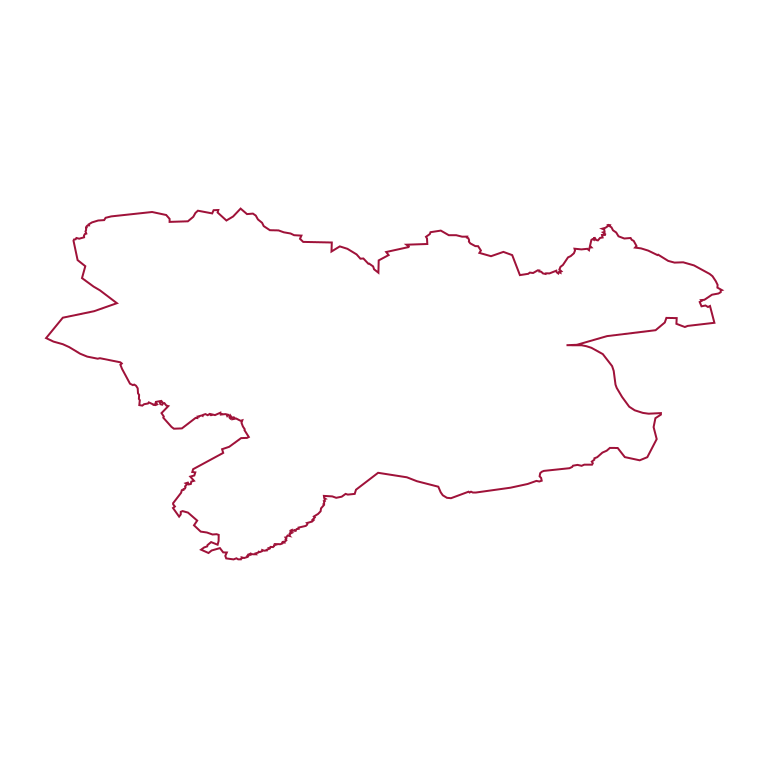 Vaiņodes pag., Vainodes, Latvia (Robinson projection)
{"feature_id": "27541924B43996006611053", "entity_name": "Vaiņodes pag.", "entity_type": "district", "adm_level": 2, "iso_a3": "LVA", "parent_name": "Latvia", "parent_adm1": "Vainodes", "projection": "robinson", "projection_center": [21.832, 56.407], "detail": "fine", "context": "isolated", "style": "outline", "palette": "rose", "viewbox_px": 768, "rotation_deg": 0, "n_neighbors": 0, "source": "geoboundaries", "source_scale": "gbopen_adm2", "svg_char_len": 6093}
<svg xmlns="http://www.w3.org/2000/svg" viewBox="0 0 768 768"><path d="M226.2,558.4L233.6,559.4L236.4,558.3L238.1,559.3L240.9,559.3L241.1,558.5L242.4,558.1L242.1,557.5L244.1,558.0L247.7,556.9L248.4,555.9L247.5,555.6L248.3,554.5L249.7,554.7L249.4,554.2L250.7,553.5L251.5,554.2L256.1,554.3L255.6,553.4L258.2,552.6L258.7,551.7L259.8,552.1L262.0,551.2L262.2,550.0L264.0,550.7L266.8,550.4L266.7,549.8L269.2,548.8L268.8,548.1L270.1,548.0L270.5,546.9L273.0,547.1L274.1,546.1L274.0,545.3L276.3,544.6L275.8,544.1L280.4,544.2L282.2,543.5L282.2,542.8L284.1,542.6L283.4,541.8L285.0,541.5L286.3,540.3L285.6,539.4L286.3,538.7L285.5,537.5L286.3,537.4L287.6,535.5L289.4,535.9L288.9,535.4L289.9,534.7L289.7,533.9L291.7,532.9L290.6,532.6L291.2,532.0L290.5,531.7L290.4,530.7L292.0,529.9L292.2,530.5L295.2,530.8L295.0,530.2L295.8,530.4L296.6,529.1L298.7,528.8L298.5,527.6L305.8,525.9L307.1,524.7L307.5,523.5L307.0,523.0L312.0,521.6L313.5,520.2L312.5,519.8L314.8,517.4L313.9,516.5L318.1,513.9L320.6,511.3L321.0,508.4L323.7,505.3L323.5,504.4L324.1,504.4L324.1,501.8L324.7,501.2L324.1,500.8L324.7,500.3L324.6,499.0L325.4,498.8L324.2,498.0L323.9,495.9L332.3,496.4L336.2,497.8L341.7,496.7L345.6,493.9L347.8,494.6L354.7,493.9L356.0,489.7L378.1,472.8L406.9,477.3L416.9,481.2L438.3,486.7L440.7,492.3L442.8,495.3L446.9,497.8L451.0,498.2L468.6,491.7L469.6,492.5L471.0,491.7L472.8,492.5L476.1,492.5L510.5,487.7L527.6,484.0L536.4,480.9L539.3,481.5L541.7,480.7L541.1,477.9L539.6,476.3L540.2,473.2L541.7,471.8L543.8,470.9L569.5,468.2L572.2,466.9L573.0,465.7L577.5,464.9L581.6,465.8L584.2,464.7L592.0,464.7L592.8,463.2L591.8,461.6L594.3,459.7L594.4,458.3L597.2,457.2L602.4,452.6L606.7,450.7L609.9,447.9L617.7,448.0L624.8,457.1L639.7,460.3L647.3,457.2L656.7,439.1L653.6,427.1L655.4,418.2L660.9,414.6L660.9,413.1L648.6,413.7L642.9,412.9L634.7,410.3L629.2,406.7L622.1,397.0L616.7,387.9L615.5,384.6L613.7,370.9L612.1,366.1L602.8,354.1L591.4,347.8L586.4,346.2L581.8,345.3L566.5,345.2L576.9,344.8L607.1,336.1L655.6,330.2L664.8,322.5L666.4,317.9L676.7,318.1L676.4,323.8L684.8,327.0L687.7,325.9L714.4,322.8L710.0,306.0L708.0,307.0L705.5,305.5L701.5,306.3L699.7,302.0L701.8,300.8L701.2,300.1L704.4,299.8L712.0,294.7L718.5,293.5L720.7,292.2L720.7,290.5L721.9,290.1L717.4,287.6L717.6,284.9L715.8,281.2L712.5,276.2L709.6,273.9L694.0,265.4L683.2,262.3L674.5,262.6L668.2,260.9L658.2,254.7L657.5,255.1L648.2,250.6L641.1,248.4L635.1,247.6L636.5,246.0L633.7,240.9L631.7,239.8L630.6,238.0L624.3,238.5L618.5,236.3L616.2,232.5L613.0,230.3L611.5,227.4L609.7,226.2L610.1,225.2L608.3,224.9L607.6,225.1L607.8,226.2L605.4,227.8L602.2,228.7L604.2,229.5L604.6,231.9L603.0,232.4L605.2,234.2L605.0,234.9L602.0,235.0L602.6,237.5L600.1,237.9L597.9,240.4L596.1,240.0L594.8,237.9L594.0,238.0L593.9,239.8L592.6,239.1L591.4,239.9L590.0,245.9L591.4,247.4L589.6,247.5L589.0,250.2L587.3,248.8L581.4,249.4L574.5,248.7L575.0,250.6L573.9,253.3L570.7,256.1L568.0,257.4L562.9,265.0L560.5,266.8L559.4,269.5L561.3,271.3L560.2,271.6L560.4,272.7L559.0,272.0L558.3,273.5L556.7,272.3L556.3,270.7L549.5,273.4L546.0,273.3L545.7,274.0L542.9,273.4L541.3,271.8L539.3,271.5L539.4,270.5L537.8,270.3L533.1,273.0L529.8,272.6L528.3,273.8L519.9,275.1L512.2,255.1L503.4,251.9L491.0,256.2L479.4,252.9L480.9,250.5L478.1,246.2L475.3,246.1L470.3,243.4L468.9,241.6L469.1,240.2L468.3,238.2L466.9,237.6L467.2,236.6L462.2,236.7L456.2,235.2L448.8,235.2L440.8,230.6L430.5,232.2L429.8,234.1L426.0,236.8L427.0,238.5L427.3,244.0L406.5,244.7L408.8,246.5L408.5,247.1L386.2,252.0L388.6,255.1L378.7,260.4L378.4,272.7L374.1,269.3L373.1,266.4L369.1,263.6L368.4,263.8L363.4,258.5L360.4,258.7L356.6,254.4L347.4,248.8L339.8,246.4L331.5,251.5L331.8,242.5L303.2,241.9L300.0,238.8L301.4,235.6L294.1,235.2L290.6,233.5L283.8,232.3L278.5,230.4L269.9,230.2L263.7,226.1L262.1,222.8L257.9,219.4L255.8,215.6L252.9,213.6L247.0,214.1L240.6,208.6L233.1,216.5L226.4,220.5L217.6,212.5L218.3,210.0L213.6,210.2L212.2,213.4L197.9,210.7L195.4,213.0L193.3,216.8L187.9,221.3L169.6,221.9L169.6,218.9L166.2,215.0L152.1,212.0L111.2,216.4L105.6,217.8L104.2,220.1L98.2,220.5L92.0,222.4L88.7,224.4L89.0,225.4L87.5,225.5L86.5,226.5L86.7,227.4L86.0,227.6L86.1,230.1L85.5,231.4L86.3,233.6L84.8,234.1L84.0,235.6L84.1,237.3L79.2,238.7L76.4,238.0L75.6,239.3L74.0,239.5L73.5,240.7L77.6,260.1L85.3,266.2L82.0,278.1L93.6,286.6L99.9,290.3L116.9,303.2L94.1,311.2L62.8,317.7L46.1,338.1L53.5,341.6L62.8,344.2L69.2,347.1L80.1,353.7L87.2,356.6L97.7,358.7L99.9,358.2L120.3,362.3L121.5,363.2L121.8,363.5L120.4,364.7L122.0,368.8L130.0,383.7L132.9,385.1L134.2,384.6L136.0,385.7L137.7,388.3L138.0,393.3L139.1,394.9L138.9,398.9L139.8,400.2L139.3,405.1L142.3,405.6L144.1,404.2L148.0,403.5L148.8,402.4L153.6,404.6L155.1,404.4L154.5,405.0L155.5,405.1L157.1,404.4L155.6,403.0L155.9,401.9L161.3,400.9L162.1,401.9L159.9,402.4L160.4,404.2L162.2,404.7L163.0,403.4L164.4,403.1L166.3,405.5L168.3,406.1L161.5,413.1L163.8,416.5L163.3,417.7L171.5,426.9L173.9,428.7L181.9,428.4L195.6,417.9L197.4,418.1L197.5,416.6L198.9,416.7L199.0,416.2L202.0,415.4L202.7,415.9L203.1,414.9L205.4,414.1L207.7,415.2L209.4,414.1L210.9,415.2L211.4,415.1L211.0,414.2L215.0,415.1L220.4,412.7L220.5,413.8L221.8,414.0L221.5,414.5L225.4,414.1L227.5,414.6L226.8,415.1L227.2,416.0L227.7,415.4L230.1,415.8L229.5,417.6L230.6,418.8L231.5,418.7L231.3,416.9L231.8,417.6L233.8,417.3L234.5,417.9L233.6,419.0L236.1,418.5L240.6,420.8L242.3,420.3L241.5,422.8L242.9,426.5L244.7,429.2L244.5,430.2L248.8,437.0L247.0,437.9L241.1,438.1L229.2,446.8L222.1,449.2L223.2,452.9L193.1,469.2L192.3,472.0L195.3,472.4L194.3,475.5L190.3,476.6L194.0,480.8L191.3,481.6L190.8,484.0L188.8,484.4L187.9,482.6L185.7,483.3L187.1,484.3L185.1,486.3L185.5,487.2L185.0,488.5L183.5,489.1L183.5,489.9L181.8,490.2L181.1,492.8L173.1,503.2L173.2,504.4L174.9,506.5L173.0,508.0L179.1,516.6L180.7,514.5L180.8,511.8L182.6,511.1L188.0,512.6L197.2,520.6L194.0,525.3L200.7,531.6L206.9,532.5L212.5,534.5L216.6,534.2L218.7,534.9L218.6,541.0L217.6,544.7L211.1,542.1L207.5,545.1L207.2,546.4L204.2,547.4L201.1,549.7L208.5,553.0L211.6,550.5L219.9,548.1L223.2,552.4L226.8,552.5L225.3,555.9L226.2,558.4Z" fill="none" stroke="#9f1239" stroke-width="2"/></svg>